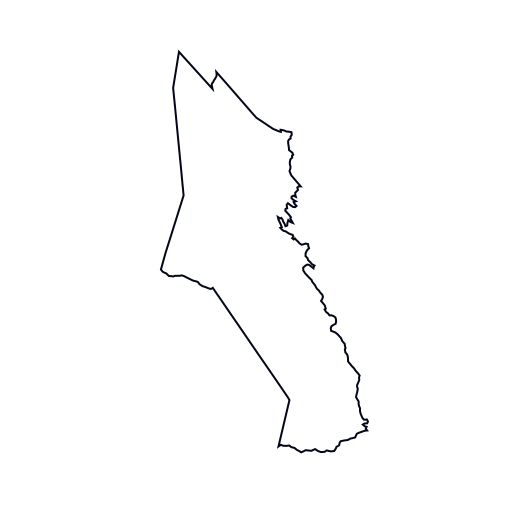 the district of Pinheiro, Maranhão, Brazil, rotated 319°
{"feature_id": "56859067B21077671086214", "entity_name": "Pinheiro", "entity_type": "district", "adm_level": 2, "iso_a3": "BRA", "parent_name": "Brazil", "parent_adm1": "Maranhão", "projection": "equal_earth", "projection_center": [-45.102, -2.495], "detail": "fine", "context": "isolated", "style": "outline", "palette": "ink", "viewbox_px": 512, "rotation_deg": 319, "n_neighbors": 0, "source": "geoboundaries", "source_scale": "gbopen_adm2", "svg_char_len": 3634}
<svg xmlns="http://www.w3.org/2000/svg" viewBox="0 0 512 512"><g transform="rotate(319 256 256)"><path d="M364.0,185.8L362.5,183.9L360.8,182.2L359.8,180.2L358.9,178.7L357.4,176.9L356.2,178.6L355.0,176.8L353.5,173.7L352.3,171.3L347.0,151.9L346.9,147.2L346.9,142.2L346.9,114.5L346.9,108.8L346.9,105.9L346.8,91.1L345.4,93.2L343.9,94.5L342.4,95.0L341.0,95.5L339.6,95.8L337.8,96.6L336.0,96.9L334.8,97.8L332.8,101.4L331.8,51.4L303.7,74.8L292.4,90.8L269.1,123.5L261.9,133.6L258.6,138.3L248.7,152.1L241.1,162.8L221.9,174.6L202.4,186.6L190.1,194.1L175.4,203.8L175.2,206.5L176.0,208.6L176.9,210.3L177.1,213.8L179.0,215.8L180.2,217.2L182.0,217.9L185.6,221.0L187.3,221.9L188.5,224.0L191.0,230.2L192.6,233.7L193.8,235.3L195.1,237.4L194.9,240.5L195.9,243.8L197.0,245.4L198.7,248.7L199.9,250.8L201.1,251.6L202.5,251.7L201.7,258.3L200.8,266.6L199.0,282.0L196.0,308.4L195.7,310.8L192.6,337.6L192.2,341.5L189.2,367.7L187.3,383.7L186.7,386.7L148.0,414.5L150.9,414.8L151.9,416.9L154.1,419.0L156.8,420.9L157.3,423.5L159.1,426.0L159.7,429.3L160.6,431.6L161.4,433.9L163.9,434.6L166.2,435.2L168.6,437.9L170.2,439.5L172.1,439.9L173.9,440.5L174.9,443.9L176.3,446.5L179.1,448.7L181.9,449.2L182.9,450.7L184.4,452.7L187.2,454.5L190.1,453.6L191.6,452.8L194.0,453.4L195.3,452.9L196.6,451.8L198.3,451.3L201.6,453.1L203.2,454.2L204.8,455.2L207.2,455.6L208.7,456.4L211.8,458.0L213.2,457.3L215.5,456.3L218.1,457.1L223.6,459.3L225.4,460.6L225.6,458.3L227.4,457.5L226.4,455.9L226.0,453.3L228.0,453.6L230.1,455.2L231.9,454.4L232.4,452.0L231.1,451.3L230.0,450.1L230.1,448.1L231.3,444.1L232.7,441.3L234.7,439.0L235.3,436.9L236.5,434.8L238.0,433.2L238.5,430.0L238.9,428.2L240.3,427.0L242.8,425.3L244.3,424.2L245.8,422.8L246.6,420.8L247.8,419.6L249.7,418.8L252.6,417.3L254.1,415.2L255.8,414.2L256.0,411.4L255.9,407.9L256.3,405.1L256.1,401.7L256.3,396.0L258.1,393.8L259.2,392.3L260.2,390.1L260.2,387.4L261.9,384.7L263.2,384.2L264.0,382.4L265.3,380.5L265.3,376.7L266.3,373.7L266.2,368.5L265.7,365.7L263.6,361.7L265.1,359.5L266.9,358.5L269.3,358.8L271.5,359.4L273.3,358.2L274.9,356.1L275.6,354.4L275.1,352.2L274.0,350.2L272.5,349.1L272.7,346.5L272.2,344.6L272.7,341.3L274.1,341.5L275.5,338.4L275.6,335.0L275.6,332.6L277.4,332.1L279.7,330.8L280.6,328.8L280.5,325.6L280.8,323.3L280.5,320.7L280.9,318.6L281.4,316.6L281.5,312.5L282.2,310.6L282.0,308.0L281.8,304.8L281.7,301.4L282.2,298.0L284.0,295.7L287.3,295.7L289.0,296.1L290.2,297.4L290.8,300.3L291.3,303.0L292.5,302.0L293.9,301.6L292.9,299.2L292.9,295.7L292.6,293.3L293.4,291.6L293.3,288.6L295.2,286.5L297.2,285.6L299.2,285.0L301.1,285.0L301.9,282.9L303.1,281.2L301.5,279.1L299.5,278.3L297.8,277.4L297.1,275.0L297.2,273.1L296.9,270.5L296.9,268.3L295.3,268.2L295.0,266.3L296.9,265.9L297.5,264.0L296.1,261.8L295.3,259.7L294.6,256.9L293.4,255.3L292.9,253.2L292.8,250.7L294.4,251.2L295.8,247.1L296.8,243.3L298.1,240.9L298.8,243.4L300.1,243.8L299.9,246.0L299.1,248.0L298.7,250.4L297.8,252.8L299.5,253.5L301.5,251.6L303.9,250.1L304.3,252.9L305.5,255.2L306.0,252.8L306.4,250.3L307.8,249.6L308.0,246.6L307.9,243.8L307.8,241.0L309.3,239.8L310.8,240.5L311.8,238.9L312.8,237.4L314.7,237.1L315.4,240.4L316.1,243.2L317.6,244.8L319.4,244.8L319.3,241.8L319.8,240.0L322.0,240.9L321.0,238.2L320.7,235.7L321.9,234.6L323.8,235.0L324.9,237.5L325.9,235.4L327.1,234.0L331.0,233.7L332.1,231.4L333.8,231.4L335.4,232.8L335.5,218.5L336.2,216.1L337.0,213.9L339.4,212.5L340.8,211.0L341.6,209.2L343.2,207.2L345.4,205.6L347.9,205.5L349.0,203.9L350.5,204.0L351.2,201.9L350.8,199.7L350.4,197.8L352.0,195.6L353.4,193.4L354.4,191.8L355.7,190.3L357.3,189.7L359.2,190.0L360.5,188.5L362.5,188.0L364.0,185.8Z" fill="none" stroke="#020617" stroke-width="2"/></g></svg>